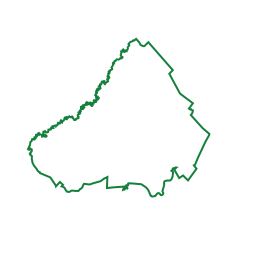 Sicula, Arad, Romania, rotated 298°
{"feature_id": "2599482B64566475675092", "entity_name": "Sicula", "entity_type": "district", "adm_level": 2, "iso_a3": "ROU", "parent_name": "Romania", "parent_adm1": "Arad", "projection": "natural_earth1", "projection_center": [21.749, 46.472], "detail": "fine", "context": "isolated", "style": "outline", "palette": "green", "viewbox_px": 256, "rotation_deg": 298, "n_neighbors": 0, "source": "geoboundaries", "source_scale": "gbopen_adm2", "svg_char_len": 5525}
<svg xmlns="http://www.w3.org/2000/svg" viewBox="0 0 256 256"><g transform="rotate(298 128 128)"><path d="M159.8,203.0L161.0,202.6L162.9,194.0L169.0,177.3L170.3,177.7L171.7,177.7L173.9,177.1L173.8,176.4L174.2,174.9L173.5,174.4L173.7,172.7L180.3,173.7L182.8,157.8L195.3,139.0L200.1,140.4L213.3,105.7L208.0,104.0L207.4,102.9L207.2,100.2L208.9,97.7L210.5,93.3L208.2,92.5L207.9,92.2L208.0,91.7L207.8,91.4L206.7,91.2L206.0,90.6L205.2,89.7L202.9,89.1L202.2,89.1L201.8,90.2L201.5,90.4L199.6,89.9L198.7,90.1L197.9,90.7L196.7,90.7L195.8,90.1L195.1,90.7L194.8,90.3L195.0,89.3L194.7,89.2L193.9,89.4L193.6,89.2L194.4,88.3L194.4,88.0L193.7,88.2L193.4,88.1L193.4,87.9L193.9,87.5L195.0,87.4L195.2,87.0L194.5,86.5L193.0,86.9L192.4,86.0L191.7,86.9L191.0,86.8L190.3,87.1L189.1,87.2L188.3,88.1L188.0,89.9L186.6,89.8L186.4,89.5L186.2,88.5L184.8,88.2L183.9,87.5L183.7,86.5L183.2,85.7L181.4,85.5L180.8,84.7L179.3,85.0L178.8,84.4L178.3,85.3L177.5,84.6L176.6,85.3L173.7,85.0L173.1,86.0L172.4,86.4L171.6,86.0L170.3,84.9L169.3,85.5L169.0,85.3L169.2,84.6L168.8,84.4L168.1,84.8L167.8,85.8L167.5,85.9L167.1,85.8L166.9,85.1L166.7,85.0L165.5,85.8L163.9,85.6L163.6,85.9L163.6,86.9L164.2,87.3L163.9,87.8L161.9,87.6L161.6,86.8L161.3,86.7L160.8,87.1L160.8,87.8L160.0,88.0L159.7,88.4L157.6,87.1L156.4,87.2L155.9,87.1L156.2,86.2L158.3,85.1L158.2,84.7L157.9,84.5L156.4,84.5L156.4,84.0L157.0,83.7L156.9,83.3L155.6,83.2L154.4,83.8L153.9,83.8L153.7,83.7L153.3,82.8L152.6,83.0L152.1,83.3L151.2,82.7L151.0,83.2L151.4,83.9L150.0,84.2L149.9,84.5L150.3,84.8L150.0,85.1L148.7,84.4L148.8,84.1L147.4,84.1L147.3,83.6L148.3,82.7L147.3,82.3L146.7,82.8L145.4,82.7L145.5,83.5L145.2,83.8L144.9,83.8L144.6,83.4L144.1,83.3L143.8,83.4L143.7,84.0L142.8,83.6L141.6,83.7L141.6,85.0L141.2,85.2L140.8,85.0L140.5,85.2L141.1,85.7L141.3,86.4L140.8,86.5L139.8,85.7L139.6,85.9L139.9,86.5L140.9,87.4L141.0,87.9L140.8,88.2L139.5,87.6L139.3,86.6L138.9,86.8L138.9,87.8L138.0,87.4L137.7,86.5L137.5,86.4L136.9,86.6L136.5,87.5L136.1,87.6L135.6,87.0L136.6,85.3L136.6,85.0L135.9,84.9L134.5,85.9L133.8,85.6L133.6,86.1L133.3,86.2L133.0,86.0L132.8,85.4L133.1,84.8L133.1,84.5L132.5,84.1L132.1,84.1L131.9,84.4L131.6,85.8L131.3,86.1L130.7,86.1L130.5,85.9L130.5,85.2L131.3,83.2L131.9,83.1L132.5,83.5L132.9,83.2L132.8,82.7L132.6,82.5L130.5,82.2L130.5,81.8L131.0,81.4L130.9,80.8L131.6,80.5L131.5,80.0L129.6,80.8L129.1,80.8L129.1,80.4L129.3,80.2L131.2,79.7L131.3,79.4L131.0,79.2L129.6,79.3L128.5,79.8L128.1,79.7L128.0,78.8L126.9,77.5L126.4,77.6L125.7,78.0L125.4,77.9L125.1,77.5L125.1,76.9L124.7,76.5L124.0,76.8L123.8,77.7L124.1,78.1L125.7,79.0L125.9,79.2L125.7,79.7L123.7,79.4L123.5,79.2L123.2,77.9L122.6,77.5L121.7,77.7L121.0,78.2L120.6,77.3L120.4,77.3L120.0,78.4L119.6,78.5L118.9,77.2L118.4,77.0L118.2,77.3L117.9,78.7L116.1,77.6L115.6,77.6L114.6,78.5L114.6,79.2L113.4,79.6L112.1,78.0L111.6,77.9L111.4,78.2L111.1,78.2L110.7,78.0L110.7,77.6L110.0,77.1L109.9,76.4L110.8,75.4L110.8,74.4L111.8,73.9L111.9,73.2L110.5,72.2L110.4,71.5L110.7,70.7L109.1,70.3L108.6,70.0L109.1,68.9L108.9,68.5L108.2,68.7L107.5,69.9L107.0,69.9L106.8,69.3L107.6,68.2L107.6,67.7L107.4,67.3L104.9,67.8L103.1,67.1L101.9,67.2L102.1,66.5L103.4,65.6L103.4,65.2L102.9,65.1L100.7,65.8L100.0,65.8L99.7,65.2L100.0,64.4L99.8,63.8L99.2,63.8L98.0,64.4L97.2,64.2L96.8,63.6L95.6,63.5L96.1,62.7L95.3,61.7L94.3,61.4L94.1,60.5L93.4,60.6L93.2,61.0L93.3,61.9L93.0,62.2L92.7,61.9L92.5,61.6L92.5,60.1L92.0,60.0L90.6,60.6L90.4,60.5L90.2,59.6L89.5,59.3L89.2,58.5L88.8,58.6L88.5,59.1L87.8,59.0L86.9,59.3L86.3,58.9L85.6,57.5L85.7,57.0L86.2,56.6L86.3,56.2L85.3,55.9L85.1,55.1L83.7,55.4L82.9,56.0L82.7,56.4L83.2,58.0L83.1,58.8L82.8,59.8L82.3,60.0L81.4,59.1L81.3,58.7L81.5,57.7L81.3,57.0L80.3,56.6L80.0,56.2L81.4,55.3L81.2,53.2L80.3,52.9L80.2,52.7L81.7,52.1L81.8,51.6L80.6,51.1L80.0,51.3L79.1,51.2L79.0,50.1L78.8,50.0L78.1,50.3L78.1,51.0L77.9,51.5L76.4,51.1L75.7,51.2L75.6,50.9L76.0,50.2L75.9,49.8L75.5,49.9L74.9,50.9L74.1,50.9L73.5,50.2L73.6,49.2L73.2,48.6L71.1,49.0L69.8,48.4L66.9,49.5L65.2,49.4L64.9,49.5L64.6,50.3L64.3,50.5L63.9,50.4L63.3,49.6L62.4,49.6L62.2,50.2L62.4,51.1L63.7,52.2L64.0,52.8L63.9,53.1L62.2,53.9L59.4,53.3L59.1,53.6L59.2,54.1L58.5,54.2L58.1,56.3L55.5,57.6L53.2,59.5L52.7,59.7L50.7,62.6L48.7,67.0L48.0,68.0L47.4,69.6L47.6,70.5L47.6,70.8L46.9,71.5L47.9,82.6L43.3,91.3L42.7,91.8L48.4,93.2L47.3,97.3L45.3,96.8L45.6,99.4L45.1,100.5L43.9,102.2L43.8,102.7L43.2,103.6L43.2,104.2L44.1,106.3L46.4,107.7L47.6,110.8L49.2,113.8L51.4,114.3L52.7,115.2L54.7,115.5L56.4,115.2L58.1,115.4L60.0,120.4L61.1,121.7L62.2,122.5L67.9,128.5L68.8,129.1L72.0,130.6L75.0,132.8L65.1,137.6L68.9,143.2L74.7,152.5L72.1,152.5L71.3,152.7L71.6,152.9L71.7,153.6L72.0,153.9L72.6,153.9L73.1,153.7L74.1,153.8L74.1,155.5L74.2,155.8L74.5,155.8L74.8,155.6L75.8,153.5L76.4,153.3L76.8,153.5L77.0,154.6L77.4,155.0L77.9,154.9L79.0,154.2L79.4,154.5L79.9,155.3L80.0,155.9L80.4,156.3L84.6,166.2L84.0,171.9L82.7,175.1L79.0,179.6L79.2,179.8L78.8,181.0L78.8,181.5L79.1,182.0L80.9,184.1L83.1,184.4L84.4,184.9L84.9,185.7L85.0,186.2L84.9,186.9L84.3,188.0L84.2,188.7L84.4,189.1L84.9,189.6L85.5,189.9L86.3,190.0L86.9,189.8L87.4,189.4L88.0,188.4L88.6,188.0L94.7,186.7L96.8,185.4L97.4,185.3L98.3,185.4L98.6,185.6L100.2,187.5L100.8,188.9L101.2,189.4L101.9,190.1L102.9,190.4L105.5,190.3L110.2,188.6L110.4,188.2L110.6,186.5L111.8,187.0L112.1,186.8L113.0,186.6L113.7,186.8L114.4,188.0L115.5,188.5L115.8,189.3L113.9,188.6L112.9,188.7L112.7,188.9L107.8,196.7L111.9,198.9L109.9,205.6L124.2,207.6L126.0,203.7L127.2,204.4L135.1,203.7L152.6,202.8L159.8,203.0Z" fill="none" stroke="#15803d" stroke-width="2"/></g></svg>